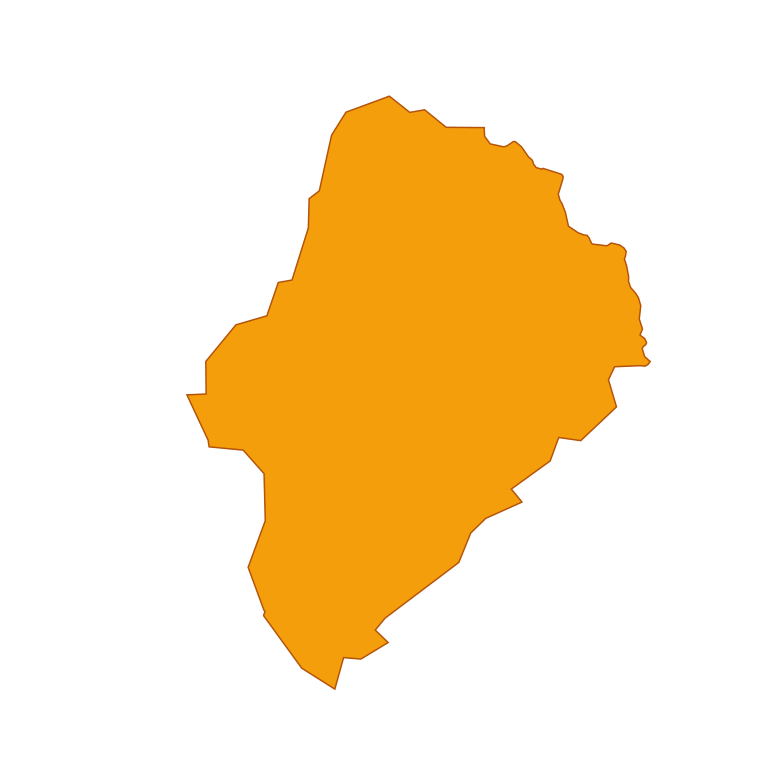 the district of Graham, North Carolina, United States of America, rotated 128°
{"feature_id": "52423323B76614514394942", "entity_name": "Graham", "entity_type": "district", "adm_level": 2, "iso_a3": "USA", "parent_name": "United States of America", "parent_adm1": "North Carolina", "projection": "equal_earth", "projection_center": [-83.908, 35.342], "detail": "fine", "context": "isolated", "style": "filled", "palette": "amber", "viewbox_px": 768, "rotation_deg": 128, "n_neighbors": 0, "source": "geoboundaries", "source_scale": "gbopen_adm2", "svg_char_len": 1491}
<svg xmlns="http://www.w3.org/2000/svg" viewBox="0 0 768 768"><g transform="rotate(128 384 384)"><path d="M212.1,193.7L209.1,189.2L206.2,188.0L202.3,188.1L202.3,188.7L202.3,188.8L202.3,190.2L201.9,195.5L197.3,202.1L195.5,202.8L191.7,202.0L189.8,202.5L187.7,206.6L187.8,212.4L181.5,214.2L175.6,222.9L164.3,229.8L159.4,236.6L157.6,241.4L156.2,248.8L155.4,250.3L152.6,254.5L148.9,257.2L141.2,266.0L137.6,271.4L134.1,272.7L130.4,274.8L129.1,278.7L129.4,283.9L132.6,290.9L133.5,292.0L137.0,293.0L138.3,294.1L145.4,305.9L145.4,307.0L142.5,312.6L141.8,315.5L143.5,318.2L145.3,324.3L146.1,335.8L137.1,346.7L132.1,355.1L130.9,358.4L127.0,363.7L125.4,364.2L112.7,369.1L110.1,370.7L109.4,373.1L116.2,391.5L117.6,392.1L119.8,397.3L118.6,401.6L116.4,404.7L116.1,407.9L116.1,409.9L112.4,421.9L112.2,429.8L113.0,431.2L120.6,433.7L123.3,435.5L129.4,448.1L126.9,457.1L121.6,461.9L120.2,462.8L143.5,493.1L142.9,520.8L154.1,530.9L153.9,557.0L193.2,581.3L220.2,578.5L271.6,553.9L284.0,557.1L307.6,539.7L358.7,520.5L369.1,529.8L402.4,518.3L428.5,537.1L475.9,538.3L501.4,518.0L513.9,532.6L536.5,488.1L541.2,483.1L522.8,454.3L528.5,423.3L564.8,393.4L612.1,378.2L635.7,340.1L636.4,338.8L636.5,337.6L639.4,336.8L640.7,336.2L658.6,273.8L654.7,234.9L624.5,247.4L615.0,232.9L585.2,221.6L583.3,239.4L567.8,239.0L478.6,215.2L448.0,223.9L427.2,221.1L392.1,202.6L388.4,219.0L342.3,205.7L318.6,213.4L307.5,194.1L258.9,186.7L242.5,209.7L228.4,212.9L212.1,193.7Z" fill="#f59e0b" stroke="#b45309" stroke-width="1.5"/></g></svg>